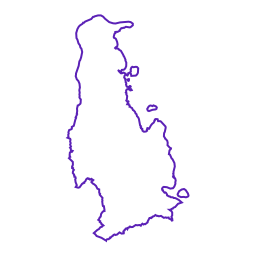 the district of East Santo, Sanma, Vanuatu
{"feature_id": "77236927B80852571944001", "entity_name": "East Santo", "entity_type": "district", "adm_level": 2, "iso_a3": "VUT", "parent_name": "Vanuatu", "parent_adm1": "Sanma", "projection": "mercator", "projection_center": [167.067, -15.142], "detail": "fine", "context": "isolated", "style": "outline", "palette": "violet", "viewbox_px": 256, "rotation_deg": 0, "n_neighbors": 0, "source": "geoboundaries", "source_scale": "gbopen_adm2", "svg_char_len": 5833}
<svg xmlns="http://www.w3.org/2000/svg" viewBox="0 0 256 256"><path d="M181.8,202.5L178.9,200.0L176.2,198.5L174.9,198.0L173.7,198.0L172.8,197.3L170.7,197.2L169.8,196.4L169.2,196.5L167.1,195.4L167.1,194.6L166.0,192.8L165.4,192.4L164.5,192.7L163.1,191.0L163.0,190.3L162.4,190.2L162.0,188.9L162.7,187.5L163.8,186.9L166.9,187.2L170.3,188.6L173.0,188.2L174.3,186.6L175.4,183.8L175.3,182.2L175.7,180.6L175.3,178.8L173.9,177.7L174.4,177.4L174.0,176.8L173.1,176.6L173.0,176.3L173.7,175.7L173.2,173.7L173.5,173.5L173.5,171.7L174.8,166.5L174.4,163.0L172.5,159.2L171.6,158.4L170.0,154.7L168.9,154.2L169.5,150.4L170.9,148.9L171.0,148.3L169.8,147.7L167.5,145.2L167.7,142.7L167.2,140.7L165.5,138.8L165.1,138.6L165.1,138.2L163.9,136.3L164.1,133.2L164.8,131.8L165.7,127.7L165.5,126.5L160.9,121.5L160.0,121.1L158.1,121.1L157.6,119.2L155.8,119.0L154.9,119.5L154.9,120.3L154.4,120.6L154.4,121.3L153.7,122.6L152.2,123.8L150.9,125.4L149.1,128.8L148.1,128.8L148.0,128.2L147.4,128.1L146.8,129.8L147.1,130.7L146.0,131.5L144.4,131.7L143.6,131.6L142.5,130.7L142.5,130.0L142.0,129.4L142.2,128.8L141.0,128.2L141.1,127.2L140.6,127.0L140.8,126.0L140.1,125.4L138.9,119.0L138.2,117.4L137.0,116.2L136.5,114.2L135.5,113.4L135.1,112.0L133.7,110.4L132.9,110.0L132.1,108.1L130.5,107.2L129.9,106.4L129.6,106.5L129.6,105.3L128.5,104.7L128.5,104.0L127.3,104.1L127.8,103.0L127.6,102.3L129.1,101.2L127.2,101.5L126.3,100.6L126.8,99.6L127.2,96.1L126.3,94.3L126.5,93.2L125.8,92.6L126.2,92.0L126.1,90.6L126.6,89.6L127.2,89.2L129.1,89.4L128.7,88.5L130.7,86.7L130.4,86.1L129.9,86.0L129.2,87.0L128.7,87.1L128.2,86.8L127.2,86.9L126.5,86.1L126.0,84.4L126.3,83.8L126.2,83.0L125.6,82.1L125.7,81.4L125.2,79.5L125.4,79.0L124.2,77.6L124.5,75.9L125.1,75.0L125.8,74.7L125.5,73.6L123.6,72.6L121.9,73.3L121.6,73.0L120.8,73.2L119.0,71.4L118.9,70.8L117.7,70.1L120.8,71.6L121.3,71.2L121.8,69.9L123.8,69.7L124.5,69.2L125.4,68.1L126.2,66.2L126.3,62.6L125.4,60.5L125.5,59.8L124.0,56.3L123.6,56.0L123.2,54.8L120.9,50.8L118.7,49.5L118.5,48.8L117.0,48.4L115.7,48.6L115.1,48.0L115.7,47.3L117.2,46.4L117.6,44.5L117.1,41.8L115.9,38.9L115.2,38.3L114.0,37.8L113.7,37.0L114.3,34.4L114.6,33.6L115.4,33.1L115.2,32.1L116.1,31.8L117.5,31.9L119.8,30.7L119.7,30.1L121.4,28.1L122.7,28.1L123.3,27.7L124.0,27.9L125.9,26.8L129.6,27.4L130.5,27.2L132.8,25.3L132.8,23.6L130.7,22.1L128.6,21.7L120.1,22.4L115.5,23.5L113.1,23.3L109.2,22.1L105.0,18.7L103.2,16.7L100.9,15.4L98.1,15.4L94.5,16.4L93.8,16.9L93.0,16.9L91.3,19.0L85.1,21.6L83.9,22.8L83.1,22.7L82.5,23.8L80.1,25.3L78.8,26.6L77.4,29.1L76.2,33.1L76.5,38.1L77.4,39.6L78.5,43.4L79.9,45.3L80.4,47.5L81.4,48.6L82.2,52.0L81.1,57.4L80.1,60.3L79.8,60.5L79.3,61.7L78.7,65.8L76.0,73.5L76.0,74.9L75.7,76.1L76.8,79.3L78.3,80.9L79.5,83.7L79.9,87.5L79.3,90.2L79.7,92.7L79.4,94.6L79.7,95.9L79.4,97.2L79.9,98.4L80.8,99.4L80.6,103.0L80.3,103.8L78.4,105.4L77.7,105.5L77.0,108.7L77.2,111.0L76.9,112.9L77.1,113.9L76.7,114.1L76.8,115.0L75.6,117.4L76.1,117.9L75.4,119.4L73.8,125.8L71.8,126.9L71.9,128.3L71.6,129.1L69.1,130.1L68.4,132.4L68.7,133.6L68.2,134.8L68.5,136.8L67.5,137.7L70.2,138.8L70.5,139.8L70.1,141.6L70.7,143.1L70.1,144.7L71.0,146.6L70.0,147.7L70.8,148.6L70.9,150.4L72.6,150.9L72.0,151.8L70.6,152.0L69.9,152.5L69.6,155.2L70.2,156.8L69.6,157.0L69.6,157.7L69.0,158.2L72.8,161.9L72.9,164.6L72.6,165.9L72.1,166.3L72.1,168.0L73.0,168.1L72.9,168.7L73.9,169.9L73.0,171.2L72.8,173.0L74.1,174.6L74.0,175.2L74.5,175.8L74.3,176.7L75.5,177.2L75.7,178.4L75.2,179.3L75.6,182.2L76.8,185.2L75.7,187.0L78.2,187.7L79.6,187.3L82.1,183.8L82.8,183.6L83.3,182.9L84.2,182.9L84.2,182.2L85.3,181.3L86.2,179.3L87.4,178.3L88.3,178.9L88.8,178.5L90.0,179.6L91.3,178.8L93.3,180.1L92.8,180.7L91.8,181.1L91.4,182.1L93.0,183.7L94.2,184.3L96.0,185.9L97.4,188.7L99.2,189.4L99.2,192.8L100.1,193.8L99.7,194.7L102.5,197.9L102.2,199.5L102.5,200.8L102.2,201.4L102.7,205.2L103.0,206.1L103.9,206.2L104.5,210.0L104.1,210.5L104.4,211.0L102.8,211.6L101.6,213.2L101.1,214.0L100.7,216.6L99.6,217.6L99.3,218.7L98.3,219.9L100.2,221.2L99.8,222.0L101.2,223.1L101.5,224.3L102.4,224.5L103.4,225.5L102.4,226.0L101.9,226.8L100.4,227.2L98.9,229.1L97.4,229.9L93.8,233.1L95.3,234.3L96.6,236.0L101.5,237.8L106.0,240.6L106.0,240.2L107.2,239.2L108.7,239.2L109.4,238.4L110.0,238.3L110.3,238.0L110.2,237.5L110.9,237.4L111.6,236.5L112.6,236.1L113.5,234.9L114.7,234.5L115.3,235.0L117.0,234.6L119.5,232.4L121.6,233.6L123.7,233.4L123.9,232.9L123.3,231.8L123.5,231.2L124.4,230.6L124.6,229.8L125.2,229.6L125.7,228.6L126.8,228.3L127.4,229.1L127.9,227.8L128.9,227.6L129.6,226.6L130.3,226.6L130.9,227.1L132.7,227.0L135.7,225.0L137.3,225.3L139.5,225.0L140.8,225.7L141.3,224.7L142.4,223.7L143.4,224.5L144.4,224.0L145.2,224.2L147.6,222.4L147.6,221.6L149.5,218.0L151.1,218.1L151.4,217.3L152.3,217.3L152.8,216.5L154.2,216.1L155.4,215.0L157.1,216.0L157.7,215.8L158.9,216.3L161.0,215.9L163.8,217.8L165.8,217.4L166.5,217.8L168.6,217.5L169.1,218.6L171.1,219.5L171.9,220.6L172.4,220.4L172.2,218.6L171.4,216.9L172.2,215.4L172.2,212.5L171.2,210.7L170.5,210.6L169.5,209.8L170.7,209.8L171.5,208.9L172.7,208.7L173.4,207.7L175.2,207.0L178.0,203.8L181.8,202.5ZM187.7,196.7L188.3,196.2L188.5,195.4L187.9,193.4L185.6,190.0L184.0,189.0L181.7,189.5L179.1,191.2L177.7,194.0L177.6,194.6L178.4,196.0L181.0,197.1L183.7,196.9L186.0,197.3L187.7,196.7ZM129.2,72.8L130.8,73.5L131.3,75.9L135.8,75.6L137.1,74.4L137.9,72.8L138.2,68.3L137.0,67.0L135.9,66.8L133.4,67.2L132.3,66.8L131.3,67.6L131.0,68.9L130.6,69.3L130.9,71.3L130.2,72.3L129.2,72.8ZM148.4,106.9L147.2,109.0L147.8,110.6L149.0,111.1L152.5,109.8L155.6,109.4L156.4,108.9L156.8,107.4L155.8,106.3L153.4,105.4L152.6,106.1L150.7,105.5L149.5,105.8L148.4,106.9ZM129.7,89.7L130.3,90.4L131.7,90.1L131.2,89.2L130.3,89.2L129.7,89.7ZM127.5,79.6L128.0,80.7L128.5,80.9L128.9,80.6L129.0,79.2L128.5,79.1L127.5,79.6ZM126.8,74.8L126.9,75.2L127.5,75.5L128.1,74.5L127.7,74.2L126.8,74.8Z" fill="none" stroke="#5b21b6" stroke-width="2"/></svg>